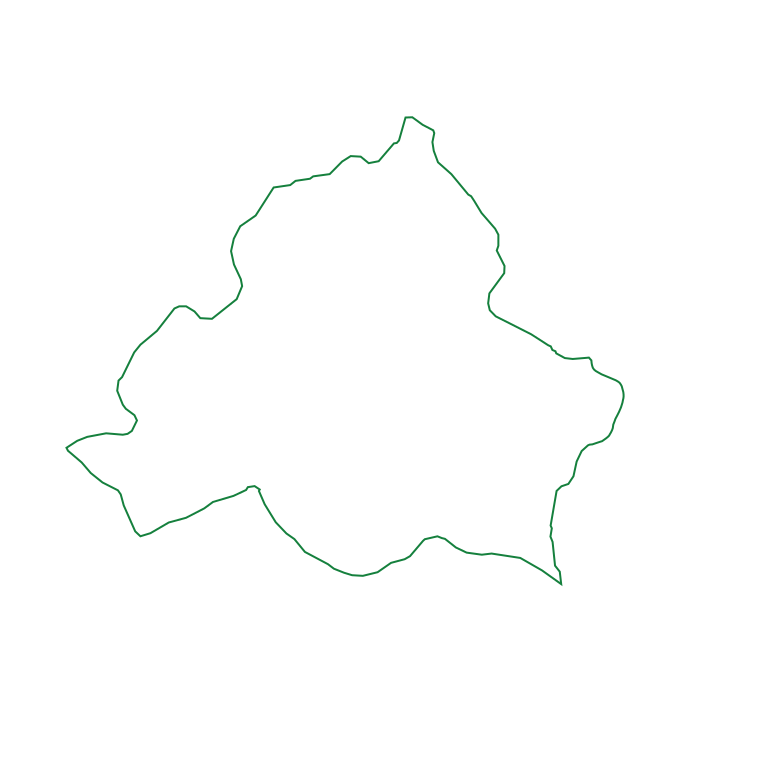 Cabañas, Zacapa, Guatemala (Equal Earth projection), rotated 118°
{"feature_id": "79465075B64001111402492", "entity_name": "Cabañas", "entity_type": "district", "adm_level": 2, "iso_a3": "GTM", "parent_name": "Guatemala", "parent_adm1": "Zacapa", "projection": "equal_earth", "projection_center": [-89.781, 14.891], "detail": "fine", "context": "isolated", "style": "outline", "palette": "green", "viewbox_px": 768, "rotation_deg": 118, "n_neighbors": 0, "source": "geoboundaries", "source_scale": "gbopen_adm2", "svg_char_len": 2326}
<svg xmlns="http://www.w3.org/2000/svg" viewBox="0 0 768 768"><g transform="rotate(118 384 384)"><path d="M632.8,527.6L625.4,520.2L607.3,509.0L595.1,496.0L578.2,484.3L568.4,479.6L553.5,464.4L542.3,456.0L539.0,455.8L534.9,450.3L535.5,444.2L537.2,444.2L546.2,432.9L556.9,414.7L561.8,400.0L563.0,390.3L569.4,375.0L569.4,348.9L570.6,341.5L569.4,330.7L567.8,322.4L563.3,312.6L553.2,301.3L538.6,293.8L529.0,283.5L523.8,280.2L504.2,275.9L501.9,275.1L493.4,265.3L492.9,260.6L492.1,257.5L494.6,243.8L494.1,231.9L488.8,217.5L483.2,209.4L473.6,182.0L474.4,157.0L477.5,133.6L467.2,140.7L464.1,147.7L444.3,161.0L440.6,165.4L432.6,168.1L430.8,170.4L397.4,181.4L391.0,179.3L385.7,174.3L376.5,173.4L362.0,177.5L350.4,178.0L342.4,175.1L341.0,174.0L339.5,171.7L335.9,168.3L333.7,166.2L332.1,164.6L330.7,163.9L327.9,162.5L325.8,161.6L323.9,161.0L322.3,161.0L320.8,160.9L319.2,160.9L317.4,161.0L315.5,161.3L312.2,162.5L308.7,162.9L306.1,163.3L302.6,163.3L298.1,163.4L293.3,163.8L288.5,164.7L285.9,165.5L284.3,165.9L282.5,166.6L280.7,167.6L278.8,168.9L274.4,173.0L273.3,174.6L272.3,176.6L272.0,178.6L271.9,181.2L272.1,183.3L272.6,188.9L273.3,196.4L273.2,200.7L273.1,203.2L272.6,205.4L271.6,207.3L269.8,209.1L268.2,210.4L265.8,212.0L264.5,215.5L266.1,217.9L273.3,229.1L276.2,236.5L276.1,246.3L274.6,248.0L274.9,251.3L272.5,254.4L272.7,257.2L271.0,277.4L271.8,317.1L269.2,325.2L263.9,329.9L254.5,333.5L229.7,329.9L223.2,333.0L213.2,347.1L208.3,347.9L198.5,353.1L194.7,358.8L187.2,378.2L180.0,390.3L177.3,395.2L177.2,398.5L167.1,423.0L162.9,440.4L154.8,449.5L147.7,454.8L138.9,457.4L136.9,459.6L137.0,471.5L135.2,484.2L138.6,490.1L161.9,485.1L165.2,485.9L166.9,488.2L189.8,493.3L196.2,501.2L194.2,511.3L198.4,520.4L207.2,525.4L224.2,530.5L233.9,544.0L237.5,545.7L246.2,557.5L252.4,560.2L262.3,573.7L295.5,576.4L312.2,585.0L326.3,584.8L338.5,581.4L348.9,572.6L358.7,559.6L364.2,555.2L378.2,553.9L407.2,566.5L412.1,577.1L408.9,585.4L408.3,595.2L411.6,601.3L415.7,604.5L443.7,609.4L463.6,617.5L473.4,619.4L500.9,618.5L505.6,620.0L515.2,616.4L524.9,604.9L527.1,600.3L528.7,589.7L532.2,585.0L543.8,584.6L548.4,587.0L551.4,590.8L558.0,606.2L570.0,621.2L578.2,628.2L589.4,634.4L591.3,631.7L595.2,614.1L600.3,601.1L603.1,586.3L602.8,569.0L605.1,564.6L607.0,562.8L613.4,556.8L630.9,534.5L632.8,527.6Z" fill="none" stroke="#15803d" stroke-width="2"/></g></svg>